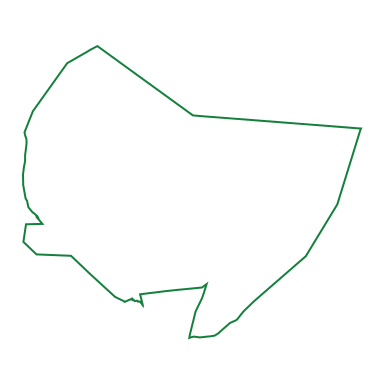 Huitzilac, Morelos, Mexico (Albers equal-area conic projection)
{"feature_id": "50627088B84118509654372", "entity_name": "Huitzilac", "entity_type": "district", "adm_level": 2, "iso_a3": "MEX", "parent_name": "Mexico", "parent_adm1": "Morelos", "projection": "albers", "projection_center": [-99.258, 19.057], "detail": "fine", "context": "isolated", "style": "outline", "palette": "green", "viewbox_px": 384, "rotation_deg": 0, "n_neighbors": 0, "source": "geoboundaries", "source_scale": "gbopen_adm2", "svg_char_len": 1462}
<svg xmlns="http://www.w3.org/2000/svg" viewBox="0 0 384 384"><path d="M66.9,63.6L32.9,111.2L24.5,132.3L25.1,135.2L26.4,139.1L26.6,143.1L25.7,150.7L25.1,155.0L25.1,161.1L24.0,166.7L23.0,174.5L23.2,184.0L23.1,184.4L25.6,198.5L27.1,201.0L27.5,203.1L28.4,207.3L32.8,212.6L33.3,212.7L34.6,213.8L35.5,214.7L37.1,215.9L38.0,217.5L37.0,217.5L42.4,223.9L26.0,224.3L25.2,229.8L23.4,241.9L36.5,254.4L71.0,255.8L90.3,274.2L115.1,296.9L123.7,301.1L124.7,301.9L131.9,298.7L131.9,298.8L131.8,299.5L132.1,299.5L132.4,299.6L132.5,299.8L133.0,299.4L133.3,299.5L133.5,299.6L133.8,300.0L133.9,300.4L134.0,300.5L134.5,301.0L135.3,301.1L136.9,300.7L137.6,300.9L137.9,301.2L138.0,301.6L140.4,301.6L140.7,302.7L141.2,302.8L141.9,302.9L141.8,303.8L142.0,304.0L142.4,304.7L142.5,304.9L142.6,305.0L142.7,305.5L142.8,305.6L142.8,305.3L142.8,305.1L140.1,294.3L152.9,292.7L154.9,292.5L165.0,291.2L169.6,290.7L172.8,290.4L175.4,290.1L178.0,289.8L182.6,289.4L202.0,287.5L206.6,284.1L204.0,292.5L202.0,298.3L195.6,311.4L189.9,334.5L189.3,337.9L191.4,337.2L193.8,336.6L197.0,337.0L199.8,337.4L203.0,337.1L206.2,336.7L210.4,336.3L214.7,335.6L218.1,333.5L220.7,331.1L227.7,325.0L228.5,324.3L230.0,323.0L230.3,322.8L235.6,320.5L237.2,319.4L240.3,315.4L243.7,311.2L254.4,300.9L305.8,256.2L337.3,204.4L360.5,129.5L361.0,128.5L358.9,128.4L282.2,122.4L203.3,116.3L192.9,115.4L138.0,75.6L97.4,46.1L90.7,49.6L85.4,52.8L84.4,53.3L67.3,63.1L66.9,63.6Z" fill="none" stroke="#15803d" stroke-width="2"/></svg>